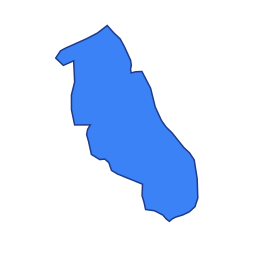 map outline of Kiruhura (Equal Earth projection), rotated 336°
{"feature_id": "UGA-3371", "entity_name": "Kiruhura", "entity_type": "District", "adm_level": 1, "iso_a3": "UGA", "parent_name": "Uganda", "parent_adm1": "", "projection": "equal_earth", "projection_center": [30.869, -0.246], "detail": "fine", "context": "isolated", "style": "filled", "palette": "blue", "viewbox_px": 256, "rotation_deg": 336, "n_neighbors": 0, "source": "natural_earth", "source_scale": "10m", "svg_char_len": 815}
<svg xmlns="http://www.w3.org/2000/svg" viewBox="0 0 256 256"><g transform="rotate(336 128 128)"><path d="M94.4,44.5L90.4,34.7L97.8,30.0L104.2,29.6L117.8,29.6L125.7,29.6L138.7,28.8L150.7,25.9L153.6,35.0L157.1,43.5L157.8,52.6L157.9,67.2L156.5,72.2L154.3,75.2L153.2,78.9L158.0,79.8L163.7,82.0L164.8,100.9L161.4,119.9L161.6,134.8L163.2,142.7L166.2,150.2L171.0,168.4L174.1,175.8L175.5,184.1L173.3,192.2L170.5,202.7L163.2,220.5L157.2,227.1L150.1,229.5L142.6,229.7L135.2,228.8L131.5,229.0L127.8,230.1L125.9,226.6L124.5,221.8L118.6,214.4L110.9,209.6L112.4,202.6L113.3,195.6L118.4,185.2L99.8,165.9L95.7,160.0L96.4,151.8L94.1,146.9L89.4,145.4L83.8,137.3L86.6,123.6L87.5,117.2L90.6,112.8L94.8,109.8L80.5,103.5L83.8,88.3L89.7,74.9L98.0,64.2L105.7,44.5L94.4,44.5Z" fill="#3b82f6" stroke="#1e3a8a" stroke-width="1.5"/></g></svg>